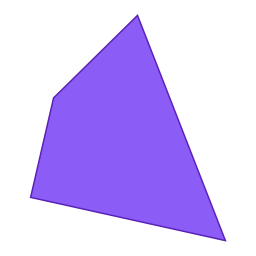 the state/province of Yaren
{"feature_id": "NRU-4983", "entity_name": "Yaren", "entity_type": "state/province", "adm_level": 1, "iso_a3": "NRU", "parent_name": "Nauru", "parent_adm1": "", "projection": "natural_earth1", "projection_center": [166.924, -0.543], "detail": "fine", "context": "isolated", "style": "filled", "palette": "violet", "viewbox_px": 256, "rotation_deg": 0, "n_neighbors": 0, "source": "natural_earth", "source_scale": "10m", "svg_char_len": 198}
<svg xmlns="http://www.w3.org/2000/svg" viewBox="0 0 256 256"><path d="M225.4,240.6L30.6,197.4L53.6,97.9L75.4,76.5L137.5,15.4L225.4,240.6Z" fill="#8b5cf6" stroke="#5b21b6" stroke-width="1.5"/></svg>